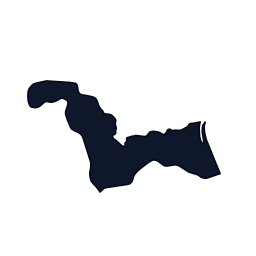 Margibi, orthographic projection, rotated 234°
{"feature_id": "LBR-789", "entity_name": "Margibi", "entity_type": "County", "adm_level": 1, "iso_a3": "LBR", "parent_name": "Liberia", "parent_adm1": "", "projection": "orthographic", "projection_center": [-10.158, 6.461], "detail": "fine", "context": "isolated", "style": "filled", "palette": "ink", "viewbox_px": 256, "rotation_deg": 234, "n_neighbors": 0, "source": "natural_earth", "source_scale": "10m", "svg_char_len": 2829}
<svg xmlns="http://www.w3.org/2000/svg" viewBox="0 0 256 256"><g transform="rotate(234 128 128)"><path d="M90.5,189.9L90.3,189.8L87.8,187.1L84.9,184.7L78.4,180.7L75.1,179.4L71.3,179.1L71.3,180.6L81.6,185.9L86.1,189.7L87.6,194.3L84.6,190.6L79.0,187.2L72.7,184.6L36.9,175.7L41.1,162.2L41.6,161.3L42.4,160.4L43.8,159.1L44.8,158.5L45.7,158.0L48.0,157.3L49.7,156.5L56.1,151.6L57.6,150.8L66.8,147.3L68.4,146.4L69.2,145.8L70.5,144.5L73.8,138.1L74.8,136.5L75.8,135.4L76.5,135.0L83.4,132.8L84.3,132.3L85.2,131.8L86.6,130.5L87.3,129.7L87.7,127.7L88.1,124.7L87.8,113.0L87.1,108.5L86.7,106.8L86.1,105.2L85.2,103.7L82.8,100.6L82.5,100.0L82.0,98.5L81.8,97.0L82.1,95.7L82.9,93.9L92.9,74.6L93.3,72.8L92.6,67.8L99.2,67.7L103.5,67.1L106.5,67.0L107.8,67.3L109.4,67.9L112.1,69.3L113.5,70.2L114.5,71.0L117.8,74.4L119.5,75.8L121.2,77.0L122.9,77.9L147.4,86.1L148.9,86.2L150.5,86.1L153.2,85.3L157.8,82.8L160.0,81.9L160.7,81.8L162.5,81.9L170.9,83.9L175.4,85.4L176.1,85.8L177.6,86.8L178.3,87.5L181.7,92.2L183.1,93.8L183.8,94.3L184.5,94.7L185.6,94.8L186.9,94.6L189.2,93.5L190.3,92.7L191.0,91.9L191.3,91.2L191.8,88.8L192.1,85.9L192.5,84.3L193.1,82.7L193.8,81.2L194.3,80.5L197.2,77.8L197.7,77.0L198.0,76.2L198.0,75.4L197.5,70.8L197.5,69.0L197.7,68.0L197.9,67.1L198.2,66.3L198.6,65.5L199.6,64.1L201.0,62.7L201.8,62.1L202.5,61.8L203.3,61.7L204.1,61.8L206.0,62.2L207.7,62.8L209.2,63.5L212.5,65.6L215.2,67.7L216.6,69.1L217.2,70.0L217.8,70.9L218.2,72.0L218.6,73.4L219.0,75.4L219.1,76.7L219.0,77.9L218.0,80.9L214.0,89.8L199.1,107.7L194.9,111.9L194.1,112.0L193.3,112.1L192.6,112.0L191.9,111.8L191.2,111.5L187.3,109.5L186.3,109.2L185.3,109.1L183.6,109.3L182.5,109.8L181.5,110.6L179.6,112.7L174.4,117.4L172.6,118.6L171.2,119.2L169.6,119.2L168.0,118.9L162.6,117.3L159.7,117.2L157.2,117.6L154.0,117.1L153.4,117.4L151.7,119.0L151.0,120.0L150.1,120.9L148.5,122.1L146.9,122.6L144.0,123.0L142.5,123.0L141.3,122.6L140.6,122.1L139.5,120.7L138.9,120.2L138.1,119.7L135.1,118.7L134.6,118.4L134.2,117.9L133.9,117.4L133.6,116.9L133.1,116.4L131.6,115.5L131.1,114.9L130.7,114.1L130.6,113.3L130.8,112.5L131.0,111.9L131.1,111.4L131.0,111.0L130.2,110.6L128.1,109.9L124.8,111.1L117.7,112.5L116.1,113.4L115.2,114.0L115.6,115.4L116.2,116.0L117.0,116.2L117.6,116.7L117.9,118.6L118.3,119.5L120.1,120.4L120.6,121.1L120.6,122.0L119.9,123.8L119.3,125.9L118.3,127.6L117.5,129.8L111.3,136.5L110.9,137.4L110.7,138.5L110.9,139.6L111.8,142.6L111.8,143.8L111.1,145.4L109.9,147.3L106.5,150.5L104.3,151.7L102.3,152.5L101.6,153.0L101.5,153.8L101.7,154.7L101.7,155.5L101.7,156.4L102.2,157.1L102.8,157.8L103.2,158.8L103.1,160.0L102.5,161.2L101.5,161.7L100.3,162.1L99.6,162.7L98.7,164.8L95.7,168.5L95.3,169.4L94.9,170.4L94.2,176.3L94.2,177.5L95.0,179.4L95.2,180.3L94.9,181.3L93.5,183.4L92.9,184.7L92.6,185.7L90.6,189.6L90.5,189.9L90.5,189.9Z" fill="#0f172a" stroke="#020617" stroke-width="1.5"/></g></svg>